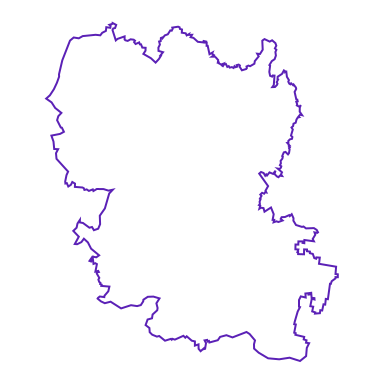 the district of Benito Juárez, Veracruz, Mexico
{"feature_id": "50627088B60276405094260", "entity_name": "Benito Juárez", "entity_type": "district", "adm_level": 2, "iso_a3": "MEX", "parent_name": "Mexico", "parent_adm1": "Veracruz", "projection": "robinson", "projection_center": [-98.167, 20.817], "detail": "fine", "context": "isolated", "style": "outline", "palette": "violet", "viewbox_px": 384, "rotation_deg": 0, "n_neighbors": 0, "source": "geoboundaries", "source_scale": "gbopen_adm2", "svg_char_len": 5871}
<svg xmlns="http://www.w3.org/2000/svg" viewBox="0 0 384 384"><path d="M74.8,244.0L77.2,244.2L81.4,242.1L83.9,238.7L87.9,242.4L91.1,248.7L99.1,255.3L96.3,257.3L92.5,256.6L89.5,260.9L91.1,261.5L92.8,258.3L93.5,263.9L95.3,263.2L96.9,264.1L95.4,271.6L98.2,270.9L98.8,272.0L96.7,272.5L96.8,273.6L99.3,277.9L98.4,279.6L99.2,281.9L100.4,282.8L100.1,284.0L101.6,284.6L101.3,285.9L109.4,286.6L108.3,291.3L104.5,295.7L104.3,297.1L99.8,296.5L98.0,297.9L97.6,298.6L101.0,301.4L104.8,303.2L110.6,301.7L121.1,308.4L131.0,305.2L137.1,306.1L140.8,305.1L143.2,301.4L143.4,299.7L147.8,296.8L153.4,296.6L159.5,298.4L156.4,303.3L157.6,308.0L157.2,310.3L152.6,314.5L152.0,318.3L147.6,319.5L145.6,325.1L149.4,328.0L149.7,332.2L152.2,334.7L156.9,336.6L159.2,336.0L165.0,340.7L170.8,338.9L171.7,339.7L172.3,338.8L174.9,339.6L183.4,335.8L185.3,337.7L186.7,336.3L191.8,340.7L194.9,341.4L194.9,345.6L198.5,344.4L198.6,348.8L200.6,351.2L203.7,348.5L203.6,349.2L205.1,348.8L206.0,343.1L204.6,340.4L207.2,339.9L207.7,341.5L209.0,341.0L209.4,342.5L217.8,340.2L220.1,336.9L226.4,335.2L232.5,337.4L246.5,332.0L249.6,334.0L255.0,340.4L254.0,344.2L254.1,348.6L258.7,352.7L268.1,358.3L279.2,359.3L289.6,357.7L300.0,361.0L306.1,356.1L306.8,347.9L309.1,343.2L306.0,342.7L306.5,340.3L303.7,339.4L304.2,336.9L295.4,334.8L295.7,333.2L294.2,332.7L295.8,324.5L294.2,324.2L294.7,321.8L297.7,311.5L300.0,307.1L299.0,306.7L299.0,300.0L300.8,296.4L305.7,297.5L305.4,293.5L308.4,293.2L308.5,294.6L310.0,294.4L309.8,293.0L311.2,292.8L311.6,297.8L314.4,298.1L314.5,299.5L311.8,298.7L310.3,306.2L313.2,306.7L312.2,311.4L315.3,312.4L315.0,313.6L319.9,313.2L320.3,310.2L322.2,310.5L323.5,304.3L325.2,304.6L325.8,298.9L327.9,299.2L330.0,283.8L330.8,283.9L331.7,281.2L335.5,278.4L335.5,277.1L337.8,277.2L337.8,274.3L335.5,274.0L336.1,266.7L319.0,263.8L319.8,257.6L316.4,257.4L316.1,258.7L314.3,258.1L312.8,253.9L309.9,253.2L309.9,251.6L307.0,251.2L307.0,249.5L304.1,249.4L304.0,254.3L298.1,254.1L298.1,251.8L297.5,251.9L298.3,249.5L295.4,249.3L295.5,244.5L298.3,244.6L298.4,241.4L302.9,241.4L302.6,242.9L304.3,243.2L304.4,240.0L313.9,241.3L312.7,239.0L315.3,234.7L314.5,232.4L317.2,232.9L318.0,232.3L316.7,229.9L313.9,228.1L306.0,228.4L303.5,226.5L302.0,226.9L296.0,225.0L293.4,220.7L293.5,218.2L291.7,214.2L289.8,216.1L289.2,215.1L285.0,217.0L281.6,217.2L280.7,218.9L282.6,220.5L278.4,222.0L276.4,221.3L273.6,222.3L274.2,219.9L272.6,219.9L273.7,214.2L271.0,207.5L264.5,211.7L263.5,208.1L261.0,207.7L259.4,208.7L260.2,205.7L259.0,205.1L259.9,204.1L259.6,201.7L260.6,199.1L259.9,198.7L261.5,195.9L260.3,194.6L262.1,192.8L264.1,193.7L265.1,192.3L266.4,192.5L265.5,190.7L268.1,186.1L259.2,173.6L261.0,172.0L263.6,173.0L265.2,175.7L266.2,174.4L267.0,175.5L269.5,172.4L273.1,173.9L275.5,170.7L274.5,174.0L277.0,176.5L278.5,177.2L279.8,175.7L282.1,176.0L281.0,174.4L282.0,172.3L277.7,168.6L279.6,168.9L280.9,167.7L281.3,166.3L279.9,165.2L280.9,163.3L280.6,160.9L282.4,158.6L282.8,156.6L282.2,156.1L283.8,152.4L285.5,151.9L288.0,154.4L289.0,153.1L289.6,149.5L289.0,148.1L289.8,147.5L288.9,146.2L289.8,145.8L287.3,142.9L288.4,142.7L288.3,141.0L289.8,139.4L292.0,138.8L292.4,137.0L291.0,135.6L292.8,129.5L291.5,127.5L293.1,126.1L293.5,123.7L295.7,122.7L296.5,119.5L297.7,117.6L299.1,117.2L298.4,116.7L300.0,114.7L302.1,115.2L299.7,111.7L299.8,107.5L300.8,105.1L299.4,106.8L296.8,105.4L297.2,104.3L296.3,101.8L297.7,101.4L297.3,99.6L296.3,99.4L294.6,91.9L296.2,88.9L295.9,87.5L293.6,84.5L293.1,85.2L291.1,83.3L290.3,84.3L289.3,83.7L288.3,81.7L288.9,80.1L286.9,76.8L286.3,71.7L285.3,72.1L285.5,71.5L283.9,70.4L282.0,73.9L277.7,76.7L277.5,79.2L278.1,79.5L276.7,82.2L277.5,83.7L277.0,84.9L275.0,87.0L272.3,87.1L273.8,85.0L274.5,75.6L272.7,75.5L272.1,76.6L270.1,75.8L269.3,71.9L270.1,65.7L269.4,65.1L271.8,61.1L274.6,59.2L275.9,55.6L275.4,52.0L276.4,49.8L274.9,48.4L276.3,45.7L275.4,43.1L272.1,40.3L269.7,41.6L264.5,39.1L263.0,40.1L262.3,40.7L262.7,49.7L260.0,54.0L257.2,53.7L258.7,56.4L254.8,61.1L254.4,63.7L250.1,66.2L248.4,65.6L246.5,66.5L246.9,68.0L246.2,69.0L241.9,70.3L239.5,66.5L239.9,65.5L238.7,64.6L236.7,65.1L237.1,66.7L235.6,67.2L234.5,66.2L233.6,68.0L231.9,67.1L229.7,67.6L228.7,66.1L227.3,66.9L225.9,64.0L223.9,64.5L222.9,66.1L222.0,65.5L223.3,63.7L221.1,64.5L218.8,63.3L218.8,62.5L217.8,62.6L218.2,60.1L215.9,57.5L213.7,55.9L213.3,56.7L211.8,56.7L213.9,55.1L212.0,53.7L212.5,52.5L209.5,54.2L207.7,45.8L206.6,45.8L206.7,42.6L205.2,42.6L205.8,41.5L203.6,41.0L203.1,42.4L197.8,41.8L193.5,37.9L190.6,37.2L192.0,34.8L188.5,34.9L188.8,34.2L186.7,35.4L185.7,33.3L181.8,32.7L182.0,29.5L179.9,28.9L179.6,27.3L178.1,26.7L172.3,27.6L172.7,28.8L171.7,30.7L170.3,30.4L167.8,34.3L164.8,35.4L162.8,37.9L162.7,37.3L160.9,38.0L160.7,41.1L159.1,41.5L159.9,44.6L158.4,47.6L158.5,50.9L163.0,52.2L160.3,55.6L160.9,55.8L159.0,58.9L155.6,62.6L150.9,58.2L143.4,53.9L145.5,50.7L145.6,47.8L142.3,47.6L141.0,44.3L139.8,44.3L139.2,42.4L135.6,44.0L134.1,42.1L135.0,40.7L133.7,39.7L130.6,39.3L127.7,40.9L125.4,40.3L124.6,39.5L124.6,36.4L117.5,38.9L115.8,40.4L112.5,30.0L113.2,28.5L115.1,28.0L116.2,24.9L112.6,23.0L112.5,23.8L109.4,24.8L110.6,25.8L110.3,27.8L106.3,27.2L105.9,30.9L102.2,32.8L100.3,35.3L95.6,34.8L82.7,36.1L78.8,38.3L73.7,37.5L70.0,40.6L62.3,60.3L59.0,74.3L59.1,76.7L56.9,82.8L53.9,89.2L49.9,95.3L46.2,98.6L51.6,102.4L55.2,108.0L61.4,112.9L58.3,116.2L57.1,120.2L60.8,127.5L61.9,127.7L63.9,131.8L60.1,133.9L51.4,135.6L53.5,141.6L54.2,149.0L58.1,149.2L56.0,153.2L56.5,158.8L68.1,171.6L66.5,175.1L65.2,181.5L65.4,183.5L66.8,183.1L68.3,186.5L70.9,184.8L72.3,182.0L75.0,183.6L74.9,186.9L82.5,187.5L83.8,188.2L84.4,189.9L86.7,189.4L88.9,190.9L92.8,189.4L93.4,191.0L96.8,189.0L103.6,189.1L108.4,190.6L112.8,189.7L109.2,193.5L104.9,208.4L99.8,215.7L100.1,224.2L98.2,228.7L93.9,230.2L92.0,227.0L89.4,227.7L83.0,223.0L79.8,222.4L79.9,219.9L77.5,223.5L76.6,227.7L73.3,230.9L78.8,236.7L74.8,244.0Z" fill="none" stroke="#5b21b6" stroke-width="2"/></svg>